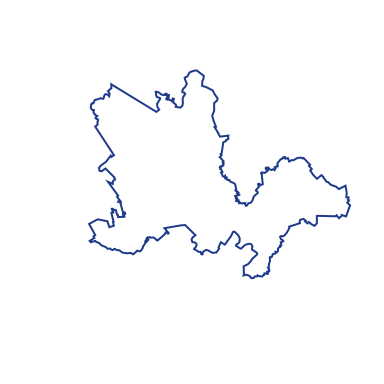 Medellín, Veracruz, Mexico, rotated 130°
{"feature_id": "50627088B273730145329", "entity_name": "Medellín", "entity_type": "district", "adm_level": 2, "iso_a3": "MEX", "parent_name": "Mexico", "parent_adm1": "Veracruz", "projection": "orthographic", "projection_center": [-96.165, 18.992], "detail": "fine", "context": "isolated", "style": "outline", "palette": "blue", "viewbox_px": 384, "rotation_deg": 130, "n_neighbors": 0, "source": "geoboundaries", "source_scale": "gbopen_adm2", "svg_char_len": 6047}
<svg xmlns="http://www.w3.org/2000/svg" viewBox="0 0 384 384"><g transform="rotate(130 192 192)"><path d="M217.7,135.9L211.9,137.6L211.2,133.0L200.4,133.8L196.4,134.9L195.5,134.6L195.1,133.6L195.4,128.8L196.7,125.8L199.4,123.7L201.2,123.5L203.8,124.2L204.9,123.8L204.3,118.9L203.8,118.0L199.5,117.5L197.4,116.8L195.0,115.0L194.1,113.6L194.0,112.6L194.8,110.7L196.5,110.0L197.5,109.0L196.9,103.9L197.1,102.6L198.3,102.0L204.5,102.9L207.8,102.5L211.3,102.7L215.7,104.7L221.3,99.7L222.8,98.8L220.8,97.7L219.5,94.9L219.3,93.4L219.9,91.4L219.3,90.4L218.0,89.4L216.4,89.7L214.9,88.0L213.7,88.2L213.5,86.7L211.5,83.8L210.1,84.0L209.3,83.5L207.8,84.2L206.2,81.4L205.8,81.3L205.2,83.2L204.7,83.2L203.8,82.0L202.5,82.1L202.3,83.2L201.0,83.8L201.1,85.2L199.9,85.2L197.6,86.8L194.7,87.9L192.1,90.4L191.3,90.2L191.1,89.4L190.1,89.2L187.7,90.2L185.5,88.6L184.2,89.6L183.7,88.2L182.1,88.2L180.1,89.7L178.5,89.8L177.5,89.2L176.6,90.1L176.1,89.3L175.4,89.3L173.5,91.6L172.8,91.0L170.9,90.5L170.6,91.8L171.1,93.4L169.7,95.7L168.6,95.5L167.3,93.7L165.6,93.2L162.4,93.2L158.0,94.0L156.5,94.5L156.1,95.3L146.5,89.3L145.8,90.3L143.9,91.3L140.9,89.3L140.9,86.5L141.8,86.5L141.8,83.4L140.0,83.4L139.8,81.1L140.1,80.9L139.2,76.4L135.7,76.2L130.1,81.0L129.8,80.8L118.3,66.4L116.9,66.3L117.6,62.6L114.2,62.0L113.4,62.5L111.7,58.3L100.7,62.3L100.2,67.2L100.2,65.9L97.4,66.4L97.8,67.5L95.5,68.5L96.9,70.4L93.2,72.9L88.5,78.5L95.4,81.4L95.3,85.0L97.3,90.3L96.9,93.7L97.7,95.7L96.8,98.7L96.7,100.3L96.0,100.9L95.9,103.7L101.5,104.7L101.0,110.2L99.5,115.3L97.4,115.0L96.8,119.2L95.3,119.0L94.2,128.3L95.0,128.7L94.8,129.0L95.9,130.9L98.2,133.1L102.4,134.7L103.7,136.3L106.2,137.1L104.4,140.4L106.4,141.8L105.4,143.4L107.1,144.5L107.5,143.9L110.0,145.1L115.3,145.0L116.4,143.4L117.2,143.0L117.2,143.3L119.7,144.5L119.8,143.3L122.2,142.8L122.2,144.4L123.9,145.1L124.6,146.3L124.3,149.4L125.5,150.8L126.1,151.0L126.8,150.5L127.1,149.8L126.3,148.6L126.3,148.0L127.4,147.6L130.7,148.6L132.2,151.2L132.8,151.4L133.4,150.9L133.7,149.5L134.6,149.0L140.5,142.8L142.4,143.7L142.5,145.6L142.8,146.3L143.3,146.5L143.8,146.2L144.6,144.1L149.6,144.2L149.9,143.8L149.6,142.2L150.3,141.0L155.6,141.8L159.5,140.3L161.9,140.1L162.8,140.3L164.5,141.6L166.9,141.2L167.8,141.8L167.4,142.3L167.4,144.0L167.8,144.1L166.4,144.3L167.3,145.4L168.6,146.2L169.4,148.0L170.0,148.5L169.2,148.7L169.2,149.8L169.6,149.9L169.4,150.7L170.1,151.4L170.5,152.6L170.1,152.7L169.3,151.4L168.7,151.3L169.1,152.2L168.4,152.3L168.1,153.0L168.7,153.4L168.8,154.0L167.9,154.1L167.1,155.0L167.8,155.6L167.4,156.4L166.9,156.3L166.4,155.4L165.0,155.3L164.8,154.5L163.9,154.1L164.0,155.3L162.9,155.7L163.7,156.8L162.5,157.1L163.0,159.0L162.8,159.7L162.1,159.2L158.3,163.9L158.4,166.3L159.2,168.5L159.4,170.4L158.8,171.1L159.9,172.5L159.5,172.9L160.3,175.4L159.6,176.0L159.2,175.7L159.4,174.7L158.5,174.9L159.2,176.6L158.5,177.1L159.5,177.3L160.2,178.2L158.4,182.2L157.2,181.5L155.7,184.7L156.0,185.2L155.2,185.3L155.3,186.5L154.9,186.7L154.2,186.8L152.8,185.4L152.0,185.7L151.4,185.1L150.7,185.6L150.7,186.1L149.7,186.2L149.5,187.7L148.2,187.5L147.4,193.2L144.8,192.9L144.6,194.4L143.2,194.2L133.8,200.0L131.0,198.7L130.2,199.3L128.0,198.2L126.7,199.7L125.4,200.4L131.6,206.1L129.2,212.0L127.8,216.5L126.6,215.6L123.6,221.2L120.5,225.6L115.4,227.3L109.7,232.2L105.8,231.6L104.1,232.3L103.6,233.3L102.7,237.1L100.9,241.5L102.4,248.1L104.2,252.6L100.4,255.3L97.7,256.1L95.5,257.6L95.8,266.4L97.2,268.0L101.3,270.5L102.0,270.7L106.3,269.8L109.1,271.1L110.2,269.8L112.4,265.5L116.5,264.7L118.3,265.2L120.8,264.4L121.7,263.6L120.9,261.8L121.2,260.3L125.3,259.7L127.1,258.7L129.4,256.4L131.9,254.9L134.9,255.2L137.2,259.3L136.0,259.7L135.4,260.6L135.5,263.7L134.4,264.6L134.3,265.2L132.3,265.7L132.7,266.8L135.3,266.0L135.2,267.1L135.9,268.2L136.0,270.0L136.5,270.5L137.0,270.2L137.4,271.4L134.8,272.3L134.2,270.9L132.5,272.1L133.1,273.0L133.3,275.1L134.4,275.6L134.8,274.8L136.1,276.1L137.1,278.6L136.9,279.6L137.4,282.6L138.5,284.2L141.2,281.3L141.8,280.0L140.6,277.0L141.2,276.2L147.0,275.4L149.1,273.1L150.0,270.1L153.5,270.7L161.4,323.1L164.3,320.5L168.8,321.2L169.6,318.2L171.9,317.1L171.5,319.0L172.7,321.2L174.0,321.3L177.6,319.8L179.0,322.4L181.0,323.4L183.9,325.6L186.5,324.9L187.3,325.2L187.3,324.7L187.6,324.7L189.5,325.7L192.6,323.7L193.3,321.0L192.3,319.8L194.6,318.3L194.6,317.0L195.2,316.3L194.7,313.4L197.2,313.7L197.5,312.1L196.9,310.9L197.2,310.2L198.8,309.6L201.2,307.6L204.1,308.2L214.0,275.4L217.0,276.3L216.4,277.6L224.2,277.3L230.4,278.8L233.3,278.8L234.8,277.0L235.2,276.3L234.2,274.6L229.6,273.4L230.7,260.7L231.6,260.0L231.8,259.0L234.7,259.5L236.7,257.9L238.2,262.9L242.3,246.2L243.8,246.4L245.1,240.8L246.5,242.4L247.0,242.2L245.3,240.7L246.4,239.4L246.6,239.6L252.0,231.7L250.8,230.5L251.6,229.2L253.2,230.7L254.0,229.8L253.4,229.1L254.4,227.9L258.7,232.5L257.6,233.5L257.2,234.5L257.5,234.8L254.8,238.8L255.8,239.8L255.8,242.0L256.4,242.6L258.3,239.9L257.9,239.6L258.3,239.1L259.9,240.3L265.3,232.8L265.8,233.2L268.1,230.2L272.1,232.7L268.8,238.0L273.1,245.9L274.0,246.9L282.6,250.3L287.2,238.4L289.3,238.9L289.9,237.3L295.3,238.9L295.5,237.2L291.6,234.7L291.8,233.1L290.7,230.4L291.1,227.1L289.7,222.9L289.7,220.0L288.0,218.5L288.0,216.8L287.4,215.4L285.3,214.8L284.7,212.0L283.4,210.3L283.1,206.2L280.7,202.4L277.9,199.6L277.7,197.3L277.3,196.9L272.1,196.2L271.0,193.7L269.6,193.4L266.5,193.8L265.2,194.5L260.7,194.9L260.4,195.8L259.7,196.0L259.8,194.9L259.0,194.8L258.6,195.1L258.6,196.3L258.0,196.3L257.9,194.8L256.7,194.7L256.3,195.0L256.4,196.9L255.4,196.9L255.3,196.2L253.9,195.6L253.4,194.2L251.7,192.5L251.4,191.1L251.6,188.0L251.0,187.8L251.1,187.2L241.5,185.6L241.3,186.0L239.0,186.0L239.3,183.6L238.5,183.5L237.4,189.8L224.3,178.7L221.7,176.0L222.9,161.6L226.4,162.3L228.7,161.8L230.2,159.5L228.7,157.2L228.9,155.2L229.6,154.4L232.1,153.7L234.2,153.9L234.5,153.6L234.0,152.2L233.6,148.6L232.4,146.9L233.5,145.2L233.5,144.3L232.9,143.9L232.0,144.7L230.1,145.0L227.2,143.9L226.4,142.1L225.5,137.3L222.7,134.4L218.0,134.8L217.7,135.9Z" fill="none" stroke="#1e3a8a" stroke-width="2"/></g></svg>